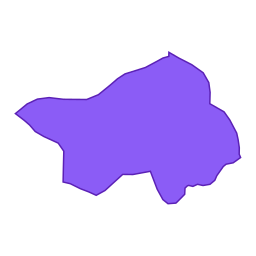 the district of Pukchong, Hamgyŏng-namdo, North Korea
{"feature_id": "82179303B88623362081426", "entity_name": "Pukchong", "entity_type": "district", "adm_level": 2, "iso_a3": "PRK", "parent_name": "North Korea", "parent_adm1": "Hamgyŏng-namdo", "projection": "equal_earth", "projection_center": [128.374, 40.231], "detail": "fine", "context": "isolated", "style": "filled", "palette": "violet", "viewbox_px": 256, "rotation_deg": 0, "n_neighbors": 0, "source": "geoboundaries", "source_scale": "gbopen_adm2", "svg_char_len": 907}
<svg xmlns="http://www.w3.org/2000/svg" viewBox="0 0 256 256"><path d="M63.1,182.0L70.3,183.7L80.4,188.7L89.0,192.0L96.2,195.3L105.0,190.5L113.9,182.4L122.7,174.4L132.9,174.5L141.6,172.9L150.4,171.3L157.2,189.2L162.9,199.6L168.0,203.7L175.9,203.1L177.2,201.9L184.7,194.3L185.0,188.1L187.4,185.8L188.7,185.4L192.9,186.4L197.5,184.3L203.0,185.5L210.0,184.3L214.8,180.3L216.8,175.7L223.3,166.5L226.1,164.2L229.1,163.6L233.2,162.8L240.6,157.5L239.2,154.2L239.3,147.7L238.1,139.6L236.7,133.1L229.8,120.0L224.1,111.9L209.8,103.7L210.1,92.3L208.8,82.6L203.2,72.8L191.8,64.7L178.9,58.1L168.9,52.3L168.8,56.4L163.0,58.0L154.2,62.8L145.4,67.5L135.2,70.7L125.0,73.9L117.6,78.7L110.2,85.1L98.4,94.7L86.7,99.5L73.7,99.4L63.5,99.3L49.1,97.6L37.4,99.1L27.2,103.9L15.4,113.6L23.9,120.1L29.6,125.0L35.2,131.5L43.8,136.5L58.2,143.1L63.8,151.2L63.4,167.4L63.1,182.0Z" fill="#8b5cf6" stroke="#5b21b6" stroke-width="1.5"/></svg>